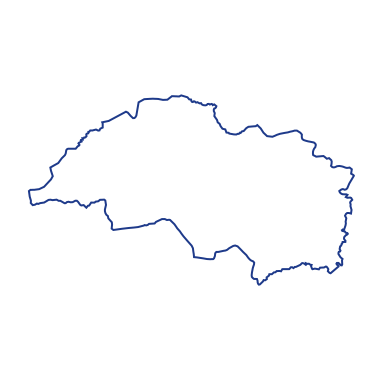 outline of Ngandajika, Kasaï-Oriental, Democratic Republic of the Congo, rotated 176°
{"feature_id": "63176286B5322857834849", "entity_name": "Ngandajika", "entity_type": "district", "adm_level": 2, "iso_a3": "COD", "parent_name": "Democratic Republic of the Congo", "parent_adm1": "Kasaï-Oriental", "projection": "albers", "projection_center": [24.204, -6.701], "detail": "fine", "context": "isolated", "style": "outline", "palette": "blue", "viewbox_px": 384, "rotation_deg": 176, "n_neighbors": 0, "source": "geoboundaries", "source_scale": "gbopen_adm2", "svg_char_len": 5168}
<svg xmlns="http://www.w3.org/2000/svg" viewBox="0 0 384 384"><g transform="rotate(176 192 192)"><path d="M127.5,97.8L126.7,99.1L125.3,98.8L123.4,99.9L123.5,101.6L121.1,103.2L120.6,104.6L118.1,104.4L115.9,106.1L114.4,106.1L113.1,107.2L110.1,107.1L109.7,107.0L108.7,106.7L107.3,108.7L107.0,108.7L100.3,108.3L98.7,110.0L97.4,110.0L96.1,109.0L94.7,110.1L93.6,110.0L89.0,111.8L87.3,113.3L86.7,113.4L85.3,112.9L83.5,111.4L83.1,111.8L83.2,112.9L82.1,112.3L80.4,112.3L79.2,111.3L77.8,110.9L77.9,110.7L78.4,109.8L77.6,107.0L77.2,106.6L74.8,107.0L70.8,106.0L69.5,107.6L66.2,107.5L65.6,107.5L63.7,108.3L63.0,108.1L62.1,106.9L61.4,105.5L62.0,103.5L60.5,101.8L59.4,101.3L51.0,107.5L51.2,108.4L52.6,109.5L52.9,110.4L52.4,111.1L50.8,111.0L48.6,108.5L47.7,108.4L47.2,109.3L47.1,113.5L46.5,114.7L48.4,116.5L50.2,119.9L50.2,120.3L50.2,120.9L49.7,122.1L48.4,122.4L48.0,123.2L48.7,124.8L48.0,127.4L46.9,128.1L46.4,129.7L45.8,130.0L45.3,131.6L42.5,131.5L42.3,132.6L43.5,134.3L43.6,135.4L43.1,136.7L41.2,138.4L40.7,138.4L39.5,139.4L39.9,140.2L41.6,140.7L42.2,141.9L44.8,142.7L45.1,143.4L44.6,143.7L44.2,144.1L42.8,144.1L41.2,147.9L40.7,149.9L40.8,151.7L39.9,155.1L41.0,157.6L40.0,159.3L38.7,160.2L36.9,160.1L34.9,159.4L34.1,163.0L34.9,166.8L34.6,168.7L35.0,170.2L34.6,171.3L32.7,173.0L33.6,174.9L34.5,175.4L37.4,175.4L38.9,176.2L37.1,178.3L38.2,178.9L41.7,179.2L43.1,179.8L44.5,181.2L45.0,182.7L44.6,183.0L42.8,184.1L41.3,184.4L39.4,183.6L37.9,184.0L36.8,185.0L34.5,189.5L29.4,196.9L29.7,197.5L30.3,198.0L32.0,199.2L31.0,203.5L33.1,205.4L34.8,205.2L36.2,205.3L37.4,205.7L39.3,206.6L40.7,207.1L43.2,207.7L45.6,207.6L46.7,207.1L48.0,206.7L49.3,206.7L50.4,207.1L51.5,208.4L51.1,209.3L50.8,210.6L50.5,212.6L50.9,214.1L52.9,216.2L54.5,215.9L55.2,215.8L56.7,217.3L57.5,218.0L58.3,218.7L59.5,218.7L65.7,218.6L66.4,219.1L68.5,220.3L68.7,221.5L68.6,222.5L68.5,223.7L67.9,225.4L67.1,226.8L65.9,228.1L65.2,230.3L65.6,231.6L67.0,232.9L70.6,233.9L72.6,234.4L75.2,235.3L77.1,236.1L78.2,237.1L78.6,238.4L78.6,239.9L78.4,241.7L79.8,243.6L83.0,245.9L85.3,246.1L87.6,245.6L89.9,245.3L92.1,244.8L95.4,244.5L100.2,243.9L103.3,243.1L105.4,242.3L107.9,241.5L113.2,242.5L116.6,246.2L119.0,250.6L122.2,254.2L123.8,253.2L126.0,253.2L131.2,253.1L133.4,251.9L136.2,249.2L137.9,249.0L139.4,247.5L140.0,247.8L140.1,247.7L141.3,246.7L142.6,246.8L143.0,246.6L143.6,246.3L146.0,246.5L150.8,247.7L151.3,248.5L153.5,248.9L154.4,252.1L157.2,253.0L158.9,255.7L159.7,258.1L161.5,259.7L162.0,262.1L164.4,266.1L164.2,267.3L163.8,269.1L164.6,271.2L164.6,271.3L164.5,272.7L164.0,273.7L163.1,273.9L162.2,274.7L161.7,275.9L163.7,277.8L165.2,277.2L165.6,278.1L166.5,278.5L168.1,278.0L169.0,278.7L170.3,278.7L171.4,277.7L172.7,277.5L174.8,277.9L176.2,278.8L176.8,280.0L178.3,279.9L180.3,281.2L181.7,280.9L183.1,282.2L184.1,282.3L184.5,281.9L184.9,281.7L185.7,281.9L186.2,282.6L186.5,284.3L188.3,284.6L189.1,285.7L189.9,286.8L196.0,289.1L197.2,288.6L198.1,288.2L205.3,289.0L210.1,285.8L214.5,285.9L219.3,287.2L224.8,287.8L230.0,287.9L233.2,287.9L237.3,286.0L239.0,285.2L242.2,272.1L243.3,270.5L244.3,269.8L245.7,269.8L247.9,272.2L250.5,275.7L252.3,276.7L270.1,268.7L276.7,267.8L276.3,266.5L276.6,262.5L279.0,261.6L279.8,260.4L280.0,259.9L281.3,259.8L283.4,261.0L287.2,260.3L289.2,260.5L290.4,259.2L291.2,259.2L291.4,257.8L293.1,257.4L293.5,256.6L293.3,255.1L294.5,253.9L295.8,253.9L296.3,253.2L297.6,253.3L297.3,251.8L299.2,251.6L299.4,251.1L298.7,250.0L301.4,249.0L301.9,248.4L301.0,246.8L301.2,246.6L301.6,246.1L302.8,245.6L305.0,243.3L312.6,243.8L313.7,243.4L314.5,242.5L315.3,239.2L316.2,237.6L319.6,234.7L323.4,230.2L328.3,227.9L331.6,226.3L331.2,223.1L329.8,217.5L331.8,214.4L339.2,207.5L344.3,205.5L349.2,205.2L353.0,205.4L354.6,204.3L354.2,198.7L353.3,194.6L353.5,192.8L353.6,192.3L351.8,190.0L349.5,190.3L347.5,191.3L346.3,190.8L344.2,191.5L340.2,191.8L335.7,194.1L333.8,194.2L331.6,193.6L327.6,193.8L325.6,192.5L323.9,192.4L319.9,189.7L318.8,189.7L317.6,190.6L316.0,190.9L313.7,190.2L311.7,190.2L309.1,191.4L307.5,191.3L306.3,190.1L304.5,187.1L303.4,186.3L301.0,186.5L298.5,183.7L298.0,184.2L296.8,185.5L295.5,185.7L293.3,188.5L290.0,188.2L288.8,189.1L286.1,189.3L284.4,190.6L280.1,190.5L279.1,189.6L278.7,185.1L280.1,180.6L280.2,178.9L279.8,176.9L279.0,175.2L277.6,173.9L277.3,171.5L274.1,167.4L274.0,165.1L274.7,161.1L273.1,159.6L270.1,159.8L264.4,160.2L257.9,160.5L252.5,160.6L248.2,160.8L242.3,161.9L241.7,162.3L240.0,161.9L238.5,162.2L237.1,163.2L231.5,163.2L230.0,164.7L223.8,167.1L221.0,166.9L219.0,165.8L216.7,165.9L215.8,165.6L211.8,161.1L210.4,158.8L209.2,156.7L206.8,153.6L205.6,151.5L203.6,148.4L200.1,143.7L196.1,138.5L195.0,135.8L194.8,132.2L194.6,130.2L194.5,126.9L191.6,126.4L185.4,125.0L181.8,124.1L178.7,123.7L175.5,123.6L174.6,124.4L173.6,126.6L173.1,129.3L171.9,130.5L169.7,130.4L164.8,131.1L162.6,131.3L160.9,131.9L158.9,133.3L157.0,134.2L154.7,135.3L152.7,135.6L150.3,134.6L147.7,131.6L145.3,128.7L142.2,125.3L140.5,122.5L139.1,120.7L137.9,119.6L135.7,118.4L134.9,117.2L135.2,115.4L136.1,113.3L136.7,111.7L137.8,107.5L138.3,104.8L138.2,103.1L137.3,101.9L136.3,101.0L133.3,100.7L132.8,99.0L132.8,97.2L132.5,95.9L131.7,94.9L130.7,95.1L127.5,97.8Z" fill="none" stroke="#1e3a8a" stroke-width="2"/></g></svg>